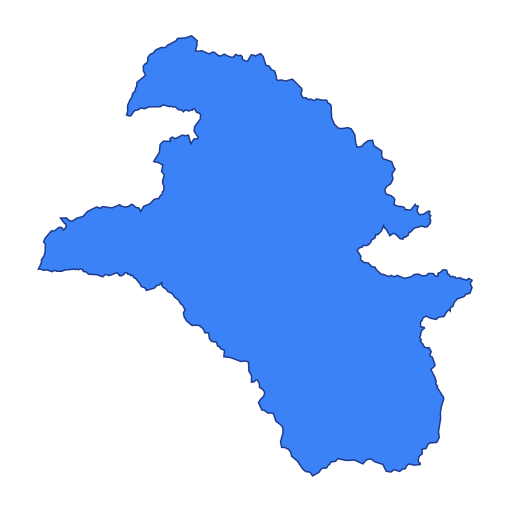 the district of Chumbivilcas, Cusco, Peru, rotated 272°
{"feature_id": "86281439B72283889769086", "entity_name": "Chumbivilcas", "entity_type": "district", "adm_level": 2, "iso_a3": "PER", "parent_name": "Peru", "parent_adm1": "Cusco", "projection": "albers", "projection_center": [-71.945, -14.411], "detail": "fine", "context": "isolated", "style": "filled", "palette": "blue", "viewbox_px": 512, "rotation_deg": 272, "n_neighbors": 0, "source": "geoboundaries", "source_scale": "gbopen_adm2", "svg_char_len": 6070}
<svg xmlns="http://www.w3.org/2000/svg" viewBox="0 0 512 512"><g transform="rotate(272 256 256)"><path d="M392.4,121.7L391.5,124.6L392.0,126.2L396.8,129.2L398.4,134.0L400.0,135.2L399.3,139.4L401.3,143.9L401.9,155.3L403.9,158.1L402.2,164.3L402.9,166.0L401.9,168.0L402.5,170.0L399.6,173.2L399.2,176.8L397.6,178.4L399.5,180.1L398.6,184.2L399.7,186.2L399.5,187.3L400.5,187.5L401.2,189.4L397.5,191.6L396.6,194.6L395.4,195.7L390.8,195.5L383.3,190.2L378.8,189.7L372.4,194.1L371.2,193.3L370.8,189.9L365.8,186.9L374.4,184.3L373.7,181.5L374.2,178.0L370.4,171.2L371.9,168.0L370.2,165.9L367.6,166.6L367.6,159.5L364.1,156.3L356.1,155.8L347.2,150.5L346.4,151.3L346.4,154.1L343.6,159.8L337.2,158.6L333.9,161.6L327.7,160.0L325.1,160.3L322.9,161.5L318.9,161.7L317.1,160.4L314.1,159.9L313.3,158.5L310.1,156.9L309.1,152.3L304.4,148.1L301.8,142.0L296.3,139.3L299.9,137.4L300.4,134.0L303.1,131.0L303.2,129.6L301.0,126.8L300.3,123.0L301.3,119.5L302.5,118.0L299.0,110.4L300.0,101.7L299.8,100.3L298.2,99.4L299.4,94.9L294.5,85.9L289.4,81.7L287.7,75.8L284.7,71.6L284.5,68.7L287.4,65.2L287.1,59.3L282.0,63.4L281.6,64.5L278.4,65.5L275.2,62.7L277.4,61.2L277.9,58.4L274.0,53.6L273.9,50.6L266.2,44.5L262.7,43.3L260.3,45.1L252.4,45.1L248.4,44.0L244.8,41.7L242.0,41.8L235.2,39.0L235.5,40.4L234.3,44.5L235.0,47.0L233.2,52.8L234.7,55.3L233.8,57.4L234.0,62.5L235.4,65.6L236.3,73.3L236.9,74.3L236.1,75.6L236.7,77.0L236.0,78.9L237.2,80.9L236.3,83.1L234.4,84.0L234.4,86.2L231.9,89.5L231.8,97.6L229.8,103.6L232.5,106.2L231.3,110.0L234.4,117.3L233.3,119.2L231.8,119.9L231.4,121.7L233.0,124.6L234.5,125.5L234.8,127.6L233.3,128.6L233.5,130.2L232.0,131.3L232.6,133.3L230.3,134.5L229.1,136.8L223.6,141.4L221.5,142.3L220.3,146.1L217.8,147.7L220.4,155.5L223.3,158.2L223.8,160.8L225.6,161.9L226.0,163.1L223.6,162.9L222.1,163.7L219.3,167.9L217.6,168.9L215.5,173.7L212.2,176.0L208.8,180.5L206.0,182.0L204.2,184.4L199.7,187.0L196.6,185.4L192.9,186.3L188.7,188.8L184.5,194.2L184.7,201.3L182.0,205.1L179.4,207.0L177.6,207.3L177.3,211.4L171.9,212.3L169.1,214.6L168.5,219.5L164.4,220.9L164.4,222.4L162.1,224.0L160.6,227.8L154.2,227.4L153.8,233.4L150.1,244.6L150.7,248.8L149.8,252.2L140.8,252.9L136.1,255.8L129.8,255.8L130.1,258.3L132.3,260.7L132.0,261.8L128.3,263.9L125.0,264.0L122.6,267.8L120.0,269.5L116.1,268.6L112.5,265.3L109.5,263.6L102.1,267.4L102.2,269.2L99.4,273.5L99.7,276.8L98.7,279.1L91.5,281.7L88.4,286.3L85.7,288.8L79.7,289.1L71.4,287.0L65.6,288.3L65.6,291.5L63.9,295.2L61.5,297.3L57.2,298.6L52.5,304.5L44.9,310.0L42.4,313.0L41.8,317.8L38.2,320.2L42.2,326.7L44.8,328.1L46.3,330.1L46.6,334.0L49.3,335.4L50.6,337.1L52.6,337.5L53.6,342.6L56.4,344.8L54.8,353.5L55.5,361.5L52.0,370.1L55.8,373.1L57.2,376.6L56.6,378.8L54.5,381.9L52.2,390.0L45.5,393.7L44.8,398.4L47.3,401.5L45.7,407.0L48.1,409.9L48.7,412.7L51.6,413.8L53.5,416.1L52.5,421.2L53.3,427.3L54.6,427.3L55.3,425.8L57.5,425.3L61.4,425.9L64.1,429.0L68.6,428.7L69.5,432.6L73.6,434.4L75.2,436.0L76.0,443.1L81.0,445.5L86.8,444.5L100.3,446.2L105.7,445.7L111.8,446.5L119.7,448.6L121.4,448.3L131.1,441.5L132.2,442.0L134.4,440.1L136.9,440.4L140.7,439.2L148.7,434.7L152.2,438.4L153.5,438.7L160.9,435.8L162.7,433.0L166.5,434.5L170.6,432.0L170.1,430.1L170.9,427.4L174.0,425.7L176.5,423.1L177.9,424.1L180.6,422.3L182.7,423.4L184.7,423.3L187.8,424.5L189.6,426.8L190.5,426.6L191.1,423.0L195.7,422.7L197.6,424.4L199.9,424.9L201.9,428.1L199.9,432.4L198.9,438.5L201.3,440.6L202.1,445.9L207.9,449.2L208.8,450.9L207.8,452.0L210.8,451.8L212.6,454.6L216.7,455.7L220.2,458.8L222.3,464.4L223.5,466.2L225.0,466.8L226.2,471.1L232.1,473.0L236.0,471.0L239.3,472.8L241.0,469.3L239.1,467.1L240.2,464.3L240.0,462.5L241.3,461.5L240.8,456.7L242.0,455.7L241.7,454.4L242.6,453.4L242.1,450.8L244.4,449.4L245.1,447.9L247.9,447.3L248.8,446.2L248.6,443.1L246.0,440.7L245.4,438.9L244.6,438.4L242.8,438.8L242.0,437.7L242.7,435.1L244.6,434.0L244.7,429.7L244.3,428.4L242.7,427.5L241.8,423.3L243.6,418.8L243.0,414.7L240.8,412.1L238.8,405.1L241.6,397.7L240.0,394.9L241.4,391.6L240.3,390.2L240.3,388.7L242.1,383.8L242.0,382.0L246.4,376.8L249.1,375.3L249.2,372.3L252.9,368.5L253.3,364.2L256.2,360.4L259.4,360.8L265.2,356.9L267.9,359.1L268.4,361.6L270.4,363.0L270.3,366.5L271.5,368.3L273.4,370.0L275.9,370.9L278.4,374.4L281.7,375.0L281.6,377.0L285.7,380.7L291.0,382.5L288.8,383.3L287.5,385.0L280.9,389.1L283.6,392.4L282.2,395.4L278.4,399.3L277.9,402.2L280.3,403.3L280.0,404.6L282.0,407.3L284.9,408.0L285.2,409.4L289.4,413.1L291.7,420.7L290.8,423.7L291.1,426.1L295.0,429.1L298.4,429.2L299.4,427.9L302.4,429.3L303.7,427.5L306.6,428.2L307.0,426.8L303.4,421.5L303.0,417.8L305.5,415.9L307.5,415.4L311.5,416.5L311.8,414.0L313.1,413.3L307.3,409.0L307.6,403.3L309.2,402.9L310.2,401.5L310.9,394.9L312.4,392.1L317.2,392.7L319.1,391.5L321.0,388.8L322.5,383.8L325.9,382.5L327.5,382.8L330.0,384.1L332.7,387.9L336.2,389.6L338.1,390.1L342.7,389.1L347.8,392.0L349.4,390.5L355.0,388.3L357.7,379.5L360.4,378.1L365.4,378.0L370.3,370.0L375.7,368.4L375.1,364.0L371.9,359.9L369.2,357.9L368.3,353.3L372.4,351.7L380.7,350.5L386.4,346.7L387.5,343.3L386.4,338.0L386.6,333.9L390.4,329.7L397.0,326.7L408.8,325.8L410.2,325.0L411.5,322.5L414.2,321.2L414.1,316.3L415.1,311.1L413.3,308.9L414.7,305.2L414.2,302.8L415.9,300.5L415.7,297.5L419.4,295.3L423.7,296.2L425.0,295.8L434.0,286.2L431.8,279.0L432.8,275.7L432.2,271.4L433.6,270.2L435.9,270.1L441.6,268.1L442.5,265.3L446.4,262.3L446.8,259.3L455.5,256.3L458.4,253.5L455.8,248.1L456.7,246.9L456.8,244.1L451.1,241.1L450.1,239.6L452.0,235.6L454.7,235.3L456.1,233.6L455.6,231.5L456.7,228.5L453.8,226.3L453.8,224.3L455.3,219.4L456.5,218.1L456.1,216.0L454.6,214.4L454.9,211.7L458.2,207.0L458.1,205.1L456.3,202.2L459.3,194.5L458.7,192.9L458.8,188.3L464.9,189.7L467.2,189.3L469.0,189.8L473.8,183.9L471.6,178.3L470.7,170.0L468.3,168.6L463.4,160.0L461.1,158.2L461.1,154.0L458.5,148.6L455.2,146.2L454.1,143.6L452.5,142.2L450.1,140.8L447.5,141.2L444.8,139.9L444.0,138.3L441.7,136.7L436.7,137.1L433.9,139.0L432.3,138.9L425.4,131.0L421.1,130.8L419.3,129.7L416.8,129.6L414.3,127.2L409.7,126.2L408.1,124.8L401.9,122.4L396.0,122.7L392.4,121.7Z" fill="#3b82f6" stroke="#1e3a8a" stroke-width="1.5"/></g></svg>